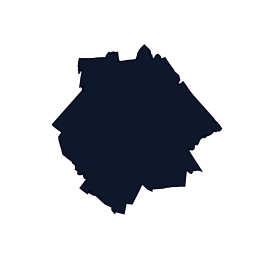 outline of Pestera, Constanta, Romania, rotated 43°
{"feature_id": "2599482B96681929842674", "entity_name": "Pestera", "entity_type": "district", "adm_level": 2, "iso_a3": "ROU", "parent_name": "Romania", "parent_adm1": "Constanta", "projection": "equal_earth", "projection_center": [28.117, 44.192], "detail": "fine", "context": "isolated", "style": "filled", "palette": "ink", "viewbox_px": 256, "rotation_deg": 43, "n_neighbors": 0, "source": "geoboundaries", "source_scale": "gbopen_adm2", "svg_char_len": 5368}
<svg xmlns="http://www.w3.org/2000/svg" viewBox="0 0 256 256"><g transform="rotate(43 128 128)"><path d="M70.4,175.9L70.4,176.6L70.5,176.8L70.6,177.0L70.9,177.1L71.8,177.1L72.4,177.1L73.8,177.0L76.4,176.8L78.5,176.5L83.0,176.0L83.0,177.5L83.1,177.9L83.2,178.3L83.3,178.7L83.3,179.3L83.4,180.5L83.6,181.7L83.7,181.9L83.9,182.0L85.0,181.8L85.1,182.3L85.0,183.1L86.2,183.8L87.4,184.6L89.0,185.6L94.0,188.6L94.7,189.0L96.3,190.1L98.7,191.5L98.9,191.4L107.5,190.7L110.3,190.4L110.8,190.7L111.3,191.2L114.4,190.9L115.2,191.1L116.6,192.5L117.6,193.8L117.8,194.0L118.3,194.0L118.7,193.9L120.1,193.4L120.5,193.3L120.8,193.5L121.1,193.8L121.7,194.6L122.0,195.0L122.4,195.4L122.6,195.6L122.9,195.7L123.1,195.7L123.3,195.6L123.5,195.6L124.3,195.0L124.7,194.7L124.8,194.6L125.2,194.1L125.8,193.1L126.1,192.7L126.4,192.5L126.7,192.5L127.1,192.4L127.3,192.5L127.6,192.6L128.0,193.0L128.6,193.4L130.0,194.2L130.3,194.3L130.5,194.2L130.8,194.1L131.0,194.0L132.7,192.5L134.1,204.4L134.1,204.5L136.7,204.2L136.7,204.3L142.9,203.6L143.0,200.5L143.3,200.8L144.1,201.3L144.4,201.4L144.6,201.4L144.9,201.4L148.1,200.6L148.5,200.5L148.7,200.3L149.9,199.4L150.3,199.2L150.6,199.1L158.7,199.1L162.8,199.0L163.1,199.0L170.2,196.7L170.5,196.7L170.8,196.9L171.0,197.3L171.6,198.3L171.9,198.6L172.4,198.7L173.4,198.9L174.1,199.1L174.6,199.2L175.9,199.3L176.4,199.3L175.7,197.6L183.4,193.3L181.5,190.3L177.6,184.2L179.1,183.3L182.3,181.0L182.6,180.9L182.6,180.7L181.7,177.4L180.8,174.3L180.5,173.4L180.4,172.7L179.9,171.1L179.7,170.2L179.4,169.3L179.1,168.4L179.0,168.2L178.8,167.6L178.8,167.4L178.4,166.0L178.1,164.9L177.9,164.5L177.2,162.5L176.8,160.9L176.4,159.8L176.3,159.6L176.3,159.3L176.5,159.2L176.9,159.0L177.5,159.0L178.1,159.0L181.2,159.1L184.1,159.1L188.3,157.7L186.8,155.5L188.4,154.6L195.1,147.3L194.8,146.9L196.8,144.6L198.5,142.7L200.5,140.0L203.1,137.8L203.6,137.0L206.9,133.6L208.9,131.9L208.5,131.1L206.1,128.1L204.1,125.5L200.5,120.7L199.5,119.4L199.5,119.0L199.9,118.9L200.2,118.8L201.0,118.6L201.8,118.5L202.7,118.5L203.1,118.6L203.4,118.6L203.6,118.5L204.2,118.2L205.3,117.8L205.3,117.7L205.1,117.0L205.0,116.9L204.8,116.3L204.6,114.4L205.3,113.8L205.5,113.6L206.3,112.7L206.8,111.9L207.0,111.7L207.5,111.2L208.4,110.5L208.9,110.2L209.0,110.1L210.0,109.6L210.7,109.3L192.4,104.7L190.1,104.0L189.9,104.0L189.2,103.8L186.6,102.5L186.5,102.4L189.5,100.4L189.8,100.2L189.7,100.1L189.7,99.6L189.9,99.2L190.2,98.8L190.3,98.6L190.3,98.3L190.2,98.1L189.6,97.3L189.3,96.8L189.0,96.4L188.6,96.1L188.4,96.1L187.7,96.0L189.2,91.7L189.3,91.9L189.4,92.4L189.6,92.9L189.8,93.0L189.8,91.8L189.7,91.7L189.4,91.1L189.4,90.7L189.1,89.8L188.7,88.9L188.3,88.0L188.2,87.3L188.7,84.1L189.0,82.9L190.2,83.1L190.9,81.2L190.4,81.0L190.2,80.5L190.6,80.0L190.9,79.6L191.3,79.1L191.6,78.8L192.6,76.3L192.9,74.8L192.8,74.1L192.7,74.1L192.7,73.2L192.7,72.8L193.0,72.0L193.2,71.6L193.8,70.5L194.0,70.3L194.2,70.1L194.4,69.7L194.4,70.0L194.5,70.1L194.8,70.4L194.9,70.1L194.9,69.8L195.0,69.3L195.0,68.9L195.3,68.8L195.3,68.7L195.5,68.5L195.6,68.3L196.0,68.2L196.4,68.2L196.6,67.8L196.9,66.0L196.9,65.8L196.9,65.7L196.6,64.9L196.6,64.7L193.5,64.0L190.6,63.6L190.1,63.5L189.5,63.4L189.0,63.4L188.3,63.5L187.7,63.5L187.4,63.5L186.6,63.4L186.0,63.4L185.7,63.3L185.2,63.2L184.3,63.1L184.1,62.8L181.1,62.6L176.6,62.2L172.0,61.8L169.8,61.6L169.7,61.5L166.4,61.3L162.8,61.0L158.2,60.5L153.6,60.1L151.7,59.8L149.0,59.4L139.9,57.4L136.9,56.8L136.8,57.3L137.0,57.4L136.1,61.6L134.7,61.1L133.6,60.9L133.1,59.7L133.2,58.2L132.7,57.5L130.4,56.0L128.9,55.2L127.7,55.2L127.1,55.4L126.6,55.3L124.0,55.4L123.0,55.5L122.2,55.5L122.2,54.8L117.5,53.9L117.4,53.9L115.2,53.4L113.9,53.2L112.5,52.8L112.4,52.9L107.2,51.5L105.4,55.3L104.4,54.9L104.2,55.0L104.0,54.9L103.8,54.4L103.6,54.2L103.4,54.1L102.8,53.9L102.5,53.8L101.6,53.8L100.7,53.9L100.3,53.8L100.0,53.8L99.8,53.8L99.7,53.9L99.5,54.4L99.4,54.7L99.2,55.2L99.0,55.4L99.3,56.5L99.4,56.9L99.6,57.5L99.7,57.9L99.8,58.2L99.8,58.4L99.8,59.5L99.9,60.0L99.4,60.2L99.2,60.3L98.1,60.7L97.9,60.3L97.3,59.9L96.0,58.9L95.4,58.6L95.1,58.6L95.0,58.8L94.9,58.8L94.7,59.2L94.2,59.9L93.8,59.7L93.0,59.1L93.4,58.0L91.8,56.9L91.2,56.5L90.7,56.6L90.4,56.6L90.0,56.6L88.9,56.4L88.2,56.4L87.6,56.4L87.3,56.4L86.7,56.4L83.5,56.3L83.3,59.7L83.5,62.9L83.6,63.6L84.6,67.0L85.6,68.3L87.4,72.6L81.3,79.6L76.8,85.4L76.6,85.3L75.8,85.2L75.2,85.0L74.8,84.9L74.6,84.7L73.8,84.2L68.8,80.0L66.6,82.6L65.9,82.1L64.9,83.6L65.4,83.9L65.2,84.1L64.8,84.2L64.5,84.9L63.4,85.5L62.8,85.7L62.6,85.8L62.9,87.1L62.7,88.4L63.0,89.7L63.1,90.2L64.1,91.6L62.3,93.5L61.8,93.8L60.8,94.9L60.3,95.4L59.2,96.5L57.9,97.8L56.4,99.6L55.7,100.6L55.0,101.5L54.1,102.2L52.9,103.5L52.4,104.0L51.5,104.7L50.9,105.3L47.0,109.0L46.0,109.8L45.3,110.3L45.8,111.2L46.5,112.3L46.6,112.7L47.8,114.4L48.1,114.4L48.3,114.5L48.5,114.9L48.9,115.6L49.7,116.8L50.1,117.0L50.8,117.2L50.9,117.4L51.4,118.1L51.6,118.3L51.9,118.9L52.2,119.2L52.6,119.0L52.9,119.4L54.7,121.3L54.8,121.2L53.9,118.4L55.7,117.2L60.1,124.2L60.2,124.4L60.6,124.7L62.7,127.6L63.7,129.2L64.7,130.7L66.4,128.0L66.9,128.0L66.9,129.2L66.9,129.6L66.9,129.9L67.7,129.9L67.6,128.9L67.6,128.7L67.7,128.8L68.6,130.7L68.7,130.8L69.3,131.2L69.3,132.9L69.4,134.4L69.4,136.0L69.4,137.1L69.5,138.0L69.5,139.4L69.6,142.5L69.7,144.4L69.7,145.5L69.7,146.8L70.2,166.1L70.3,169.6L70.3,170.5L70.4,172.8L70.4,173.1L70.4,173.6L70.4,175.9Z" fill="#0f172a" stroke="#020617" stroke-width="1.5"/></g></svg>